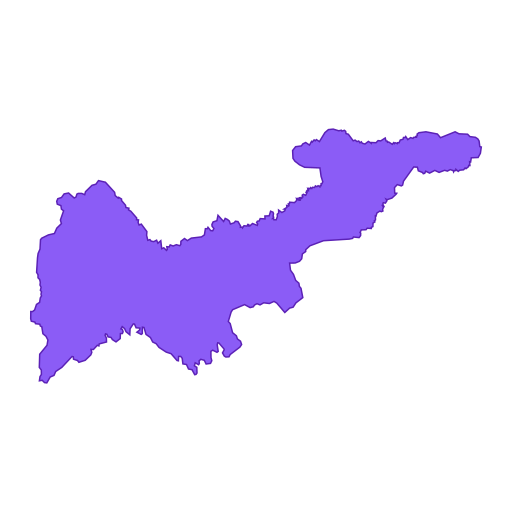 outline of Pang Sila Thong, Kamphaeng Phet, Thailand
{"feature_id": "78962969B12930513121480", "entity_name": "Pang Sila Thong", "entity_type": "district", "adm_level": 2, "iso_a3": "THA", "parent_name": "Thailand", "parent_adm1": "Kamphaeng Phet", "projection": "natural_earth1", "projection_center": [99.409, 16.024], "detail": "fine", "context": "isolated", "style": "filled", "palette": "violet", "viewbox_px": 512, "rotation_deg": 0, "n_neighbors": 0, "source": "geoboundaries", "source_scale": "gbopen_adm2", "svg_char_len": 6025}
<svg xmlns="http://www.w3.org/2000/svg" viewBox="0 0 512 512"><path d="M470.6,162.0L471.3,157.8L478.1,157.5L480.4,153.3L481.3,147.0L479.8,146.6L479.1,141.0L477.8,138.9L475.4,137.3L469.9,136.6L467.6,134.2L459.0,133.8L455.1,131.8L440.5,137.7L437.4,134.0L425.9,131.8L418.9,132.7L417.1,134.1L417.3,135.7L415.9,136.4L416.3,137.2L413.6,137.4L413.0,138.4L410.6,137.6L407.8,139.6L405.7,136.5L405.1,137.5L403.5,137.5L403.0,139.3L400.3,140.0L399.0,142.8L397.5,142.7L397.3,143.6L395.0,142.7L394.3,143.6L393.6,142.7L392.3,144.3L388.7,142.0L387.5,142.3L387.3,141.2L386.0,140.9L385.2,138.0L380.7,140.9L378.1,140.6L376.0,142.7L371.2,142.5L371.2,143.3L368.4,141.4L365.0,144.0L362.3,143.3L361.3,141.8L360.0,142.8L358.7,141.0L357.0,141.6L355.1,140.1L353.2,140.8L348.3,134.2L346.0,133.6L345.7,131.4L344.4,130.3L341.9,131.1L341.3,130.2L338.8,130.8L333.2,129.1L328.4,129.6L324.9,132.6L319.4,141.6L316.4,139.6L315.2,140.8L314.1,139.9L312.2,142.1L311.5,141.4L309.5,145.1L305.7,142.5L302.8,143.9L301.4,145.9L295.6,146.7L292.6,150.5L293.0,158.4L294.9,161.2L299.5,164.8L304.6,167.3L319.9,167.9L321.1,176.4L322.8,181.8L321.9,183.7L321.1,183.7L321.1,185.6L320.2,185.6L319.9,186.9L318.1,185.7L316.9,186.7L315.4,185.9L314.6,187.5L312.5,187.3L311.8,188.5L310.7,187.7L310.5,188.5L308.8,188.3L308.7,189.3L307.8,188.7L308.2,190.5L307.5,190.1L306.5,191.2L307.0,191.8L306.2,192.4L306.9,192.8L305.7,195.3L303.4,194.3L302.2,195.2L302.8,196.9L301.9,197.2L301.8,198.3L300.9,198.7L300.4,197.6L299.6,197.7L300.2,200.2L299.0,200.3L297.8,197.7L298.0,199.5L296.5,198.6L296.8,200.3L294.5,202.6L289.6,202.2L289.5,203.4L288.2,204.0L289.1,205.1L288.6,206.1L286.7,205.5L286.9,207.4L284.1,209.1L285.3,209.3L284.7,210.9L281.9,212.5L278.6,210.1L278.7,212.9L277.2,214.3L277.4,216.4L276.2,219.8L273.9,219.8L273.6,218.6L272.6,218.6L273.7,217.2L273.1,216.2L273.5,213.7L273.0,212.2L270.6,211.2L269.2,215.8L264.9,216.0L265.0,218.9L260.2,218.6L259.1,221.0L257.4,221.2L256.6,222.5L257.7,223.9L257.3,225.4L252.5,223.5L249.9,225.9L248.8,226.0L248.8,224.6L247.8,224.4L247.0,226.1L244.0,225.7L242.5,227.9L242.1,227.1L240.4,227.3L240.5,225.9L238.0,221.6L235.4,221.2L234.1,222.8L230.4,224.0L229.3,221.0L227.5,219.5L225.2,218.4L223.6,221.5L218.0,215.3L216.9,220.7L213.1,221.9L211.9,224.5L212.1,226.3L213.9,228.5L212.7,230.8L210.7,230.6L208.0,227.3L207.4,228.7L205.4,228.7L204.4,234.9L201.5,236.9L191.3,238.1L187.4,240.6L184.5,238.5L180.9,241.3L180.8,244.4L179.8,245.7L176.4,244.7L173.1,246.0L170.2,244.9L169.2,246.9L166.8,246.7L167.3,249.4L166.5,250.4L163.8,247.8L161.7,248.7L160.8,240.7L157.9,243.2L156.6,240.2L153.8,241.6L151.2,241.2L149.9,239.6L147.8,240.3L146.6,235.3L146.9,231.6L141.3,224.1L139.1,225.0L138.1,222.4L138.5,219.9L136.5,219.7L136.7,218.0L130.9,211.3L128.5,209.8L128.9,208.2L125.9,207.5L125.5,205.2L121.6,200.6L121.5,199.0L118.7,197.3L118.2,198.1L115.2,195.6L114.6,192.3L105.4,182.2L98.5,180.6L95.9,184.2L92.0,185.3L85.5,191.7L84.7,194.7L81.7,193.4L78.2,193.4L76.9,194.1L76.0,197.0L74.2,198.0L68.6,193.0L64.1,193.9L61.5,197.5L57.8,198.7L56.7,201.3L57.3,204.2L60.9,205.6L61.4,209.1L63.6,210.8L60.4,220.0L61.4,223.6L56.8,228.1L54.4,233.5L48.4,234.9L41.7,238.2L40.5,239.7L40.0,249.1L38.1,253.5L37.5,257.8L36.6,272.4L38.0,274.7L38.0,277.8L39.6,279.4L40.3,282.2L40.0,285.0L41.1,287.3L40.4,290.3L41.5,291.7L41.0,294.2L41.5,295.9L40.3,297.9L39.6,302.4L36.5,304.4L34.6,310.0L32.5,311.6L30.8,311.5L30.7,318.8L31.3,321.2L34.9,322.1L35.5,323.7L39.8,324.2L40.3,326.0L41.8,326.8L42.9,333.7L46.0,336.3L47.9,340.0L47.0,345.3L39.7,354.2L39.3,367.4L41.3,370.0L41.4,374.4L40.0,376.6L39.4,380.8L42.2,380.3L44.5,382.6L46.8,382.9L50.2,377.0L54.0,375.4L55.7,371.5L61.8,367.4L72.0,356.5L73.3,356.8L73.5,359.2L77.5,360.5L78.9,362.3L85.2,360.3L90.8,354.9L91.8,352.4L91.0,349.4L93.4,349.5L97.3,345.3L98.9,345.9L99.2,343.9L106.5,342.0L106.4,338.0L105.1,335.3L105.5,333.9L106.9,334.3L108.1,336.9L111.0,337.4L112.4,339.6L116.0,341.9L120.2,338.6L120.4,333.6L122.4,333.5L123.1,331.8L122.4,329.4L120.9,328.9L122.2,326.6L124.6,328.6L126.0,331.7L129.8,334.8L130.1,328.7L133.3,323.9L134.5,324.1L136.1,327.8L139.9,328.1L139.6,330.0L136.9,332.2L141.2,334.4L142.3,333.6L142.4,327.2L144.0,327.5L146.0,334.4L150.4,337.5L152.7,342.0L156.2,343.7L159.0,347.4L166.2,352.1L171.1,353.7L177.0,360.5L178.4,360.8L178.6,356.4L180.7,356.4L182.2,358.3L182.9,363.9L186.5,364.5L188.5,369.0L192.0,369.7L194.7,374.7L196.0,374.4L197.0,373.0L196.8,367.3L194.4,365.8L195.2,362.8L198.6,364.7L199.3,363.6L199.1,360.9L200.8,359.3L204.3,360.3L206.1,364.0L210.5,363.4L211.8,360.7L211.0,357.7L210.9,351.3L212.7,350.2L217.0,352.3L218.2,351.4L217.2,344.8L217.7,342.8L218.9,343.0L223.9,348.8L224.2,349.7L222.5,352.9L224.3,356.1L225.8,357.0L229.0,356.8L230.2,354.5L239.9,347.1L241.6,344.5L240.5,341.2L237.4,338.9L236.4,335.8L232.6,332.7L230.2,323.6L228.3,321.5L231.1,312.1L232.6,309.7L244.6,304.6L250.1,307.6L253.3,306.8L254.5,305.0L257.0,303.7L260.0,304.9L263.7,302.8L269.4,303.5L274.0,301.4L276.8,303.1L284.8,312.5L289.6,308.1L293.1,307.2L295.9,302.9L302.8,297.6L301.0,288.3L299.4,286.4L298.9,283.2L295.7,280.4L293.5,274.4L290.5,270.2L289.6,263.1L295.2,263.0L299.5,261.3L301.7,258.8L302.4,253.9L305.7,251.5L305.7,249.7L309.9,245.8L323.5,240.7L349.2,239.1L352.6,238.4L353.4,237.0L359.1,237.6L360.6,235.6L360.7,233.1L360.0,232.6L361.3,229.9L366.0,229.7L367.2,228.2L371.3,228.5L371.3,227.4L372.9,226.6L373.0,223.1L374.9,221.9L374.3,220.9L375.5,219.9L375.4,215.9L376.0,216.1L376.9,213.0L379.8,211.1L381.3,211.7L382.9,211.0L382.6,209.4L383.5,207.2L382.7,205.9L383.8,206.2L382.8,204.1L383.3,202.7L385.4,203.1L386.9,200.8L386.1,199.2L387.0,199.7L391.9,198.1L396.1,194.2L396.7,193.3L394.7,193.1L394.5,187.6L397.3,184.6L401.3,185.9L402.6,185.1L403.5,181.2L413.7,167.0L417.4,167.2L418.3,170.8L422.5,172.5L423.3,173.7L424.7,173.3L425.7,171.2L429.6,173.1L434.8,170.4L439.1,172.4L444.6,170.3L447.4,171.1L450.2,169.6L453.2,170.6L453.6,171.9L454.4,170.5L455.7,170.6L455.9,169.3L458.2,171.4L459.7,170.2L463.6,169.8L465.1,168.0L466.0,168.7L468.5,166.7L468.7,165.4L469.9,165.5L469.6,161.7L470.6,162.0Z" fill="#8b5cf6" stroke="#5b21b6" stroke-width="1.5"/></svg>